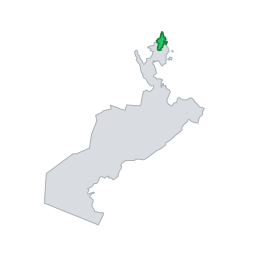 where Andijon sits in Uzbekistan, rotated 281°
{"feature_id": "UZB-363", "entity_name": "Andijon", "entity_type": "Region", "adm_level": 1, "iso_a3": "UZB", "parent_name": "Uzbekistan", "parent_adm1": "", "projection": "orthographic", "projection_center": [72.284, 40.729], "detail": "medium", "context": "in_parent", "style": "filled", "palette": "green", "viewbox_px": 256, "rotation_deg": 281, "n_neighbors": 0, "source": "natural_earth", "source_scale": "10m", "svg_char_len": 5277}
<svg xmlns="http://www.w3.org/2000/svg" viewBox="0 0 256 256"><g transform="rotate(281 128 128)"><path d="M200.1,121.7L203.9,119.9L205.9,121.2L206.1,121.9L203.8,123.2L201.7,123.9L201.0,125.6L199.0,126.3L196.9,128.7L193.6,131.0L193.5,131.5L193.8,132.0L194.8,132.3L197.0,133.6L199.0,132.9L199.6,133.1L200.1,133.9L200.6,136.1L201.5,136.7L204.5,137.9L206.7,137.9L207.9,138.4L208.0,138.2L208.2,134.9L209.2,135.5L210.2,135.1L210.6,133.5L210.4,132.4L211.1,131.8L211.5,132.2L211.6,133.2L212.6,133.8L213.4,135.4L213.7,137.3L215.7,137.8L216.5,137.4L217.1,137.6L217.3,140.0L217.6,140.2L219.4,139.7L221.1,140.7L223.0,142.4L225.0,142.6L225.5,142.9L226.9,142.6L228.6,143.1L228.7,143.3L228.4,143.7L224.4,145.9L223.2,147.4L222.3,147.9L219.9,147.1L219.5,148.0L220.0,148.9L219.4,149.9L218.1,149.5L217.9,149.0L216.6,149.3L215.2,150.8L214.5,152.1L213.2,152.5L211.3,153.8L210.6,152.8L209.3,152.9L207.5,151.8L206.7,151.6L198.8,152.9L198.2,152.6L197.4,150.9L195.4,149.9L195.5,149.0L199.6,145.5L200.1,144.4L198.8,143.7L199.0,142.8L196.5,139.8L196.0,139.6L195.7,139.7L194.6,141.8L187.6,145.4L186.6,145.0L185.1,143.6L184.1,143.0L182.8,144.2L182.8,145.6L181.5,146.6L182.5,150.4L182.4,150.9L181.5,151.0L182.1,152.5L181.5,152.6L178.2,151.9L174.3,152.7L174.4,153.3L177.9,153.3L178.3,153.6L178.4,154.0L178.2,154.3L176.3,154.6L176.1,155.2L177.0,156.9L176.6,157.2L175.9,156.9L175.4,157.9L174.2,157.9L173.4,161.1L172.4,162.2L171.1,162.6L162.9,160.8L160.7,161.7L159.2,163.0L158.0,166.5L158.1,166.9L161.6,168.5L162.1,170.7L166.3,171.1L167.1,171.4L167.4,172.0L167.6,172.6L166.2,176.0L166.5,179.2L167.1,180.6L169.6,183.5L169.4,184.9L168.8,186.2L168.0,187.4L167.2,187.8L166.0,189.2L165.0,191.0L163.1,193.3L162.4,194.6L162.0,198.4L161.4,199.5L161.4,199.1L160.7,198.6L158.8,198.4L158.5,197.9L156.0,198.6L154.4,198.1L152.9,196.5L149.9,195.7L146.1,195.8L146.2,191.8L146.5,188.9L148.0,186.7L148.0,186.2L147.4,185.4L145.1,184.6L142.5,182.6L140.1,181.2L138.7,180.7L137.1,181.3L135.7,181.0L129.4,175.7L124.1,171.8L120.6,168.0L118.8,168.2L114.2,164.5L111.4,160.7L101.9,152.1L100.1,150.0L99.7,149.0L99.5,144.2L98.8,142.0L97.6,140.7L96.8,138.3L95.7,132.7L95.3,131.6L92.5,128.9L90.9,128.2L89.5,128.4L88.7,129.2L87.7,129.1L83.4,127.6L78.6,127.4L74.7,124.0L74.5,123.6L74.6,122.8L75.7,121.1L75.7,120.3L75.2,119.3L75.4,118.4L75.8,117.9L76.6,118.2L76.9,117.9L76.9,117.4L76.0,116.1L74.3,114.8L74.8,114.1L75.1,112.4L75.5,111.5L75.3,111.1L74.1,109.6L69.4,108.9L68.4,108.3L67.6,107.7L67.0,105.6L66.6,105.1L63.5,103.8L60.8,99.9L59.9,101.3L59.2,101.5L56.9,100.7L55.5,101.4L57.9,105.4L58.4,106.5L58.3,107.2L57.4,107.1L56.9,105.3L56.4,104.8L53.7,103.4L52.6,104.3L52.1,105.6L50.5,107.6L49.0,107.8L45.5,107.3L44.4,107.6L43.6,108.1L41.9,109.9L39.9,111.2L39.4,117.6L40.3,119.4L38.9,120.5L27.2,117.4L38.3,60.3L55.5,58.0L67.7,56.5L91.7,78.5L92.2,79.3L92.4,80.9L92.9,82.3L100.9,94.0L114.9,93.4L128.8,96.0L134.3,93.9L138.0,98.9L140.4,100.8L143.4,107.9L147.0,106.4L145.8,114.5L145.2,117.0L144.8,121.8L150.5,122.4L151.2,130.4L152.1,135.4L153.4,136.1L164.3,136.0L165.1,136.4L166.7,136.0L167.6,137.6L168.7,138.8L167.8,142.2L169.0,143.6L172.0,145.4L173.9,145.4L174.3,144.8L174.2,144.0L173.8,143.2L173.9,142.1L174.2,141.4L176.1,138.9L179.2,136.4L179.9,135.5L180.2,133.9L181.3,133.0L183.9,132.0L184.3,131.2L187.5,129.3L191.0,128.1L192.7,127.1L194.2,125.1L196.5,123.1L197.4,123.1L198.0,123.7L198.5,123.8L200.1,121.7ZM199.0,141.2L198.6,140.2L198.0,139.8L197.8,140.0L198.6,141.2L199.0,141.2ZM205.4,157.8L203.0,157.8L203.5,156.2L202.6,155.5L202.5,154.7L202.7,154.0L203.2,153.8L203.9,154.9L205.7,155.4L205.1,156.5L205.5,157.6L205.4,157.8ZM212.5,156.3L212.0,157.7L211.0,157.1L211.2,156.7L212.5,156.3Z" fill="#d9dde1" stroke="#a8b0b8" stroke-width="1"/><path d="M219.1,139.2L219.2,139.3L219.6,139.9L219.8,140.0L220.2,140.1L220.8,140.2L220.9,140.3L220.9,140.5L220.9,140.9L221.1,141.0L221.4,141.0L221.6,141.1L222.1,141.9L222.5,142.3L223.0,142.5L223.5,142.5L225.0,142.4L225.5,142.5L225.5,143.0L226.2,142.8L227.1,142.4L227.3,142.5L227.5,142.8L228.4,142.9L228.8,143.0L228.8,143.3L228.5,143.8L227.9,144.1L226.8,144.5L225.8,145.2L224.9,145.4L224.5,145.6L224.2,146.0L224.1,147.1L223.7,147.3L223.3,147.1L223.1,147.1L223.0,147.3L223.0,147.6L222.9,147.8L222.8,148.0L222.6,148.1L222.1,148.2L221.3,147.6L220.8,147.5L220.5,147.4L220.1,146.9L219.7,146.5L219.3,146.7L219.3,147.0L219.5,147.4L219.5,147.7L219.4,147.9L219.4,148.1L219.5,148.3L220.1,148.6L220.2,149.0L220.2,149.3L220.1,149.7L219.8,150.1L219.5,150.1L219.2,150.0L218.5,149.6L218.3,149.5L217.8,149.5L217.6,149.5L217.7,149.3L217.8,149.3L218.0,149.3L218.2,149.2L217.9,148.9L217.7,148.5L217.7,148.3L217.7,147.7L217.8,147.5L217.7,147.4L217.6,147.2L216.9,147.0L216.7,146.9L216.5,146.6L216.3,146.5L216.2,146.6L215.9,146.7L215.1,146.6L214.6,146.4L214.2,146.4L214.0,146.5L213.7,146.4L213.0,145.7L212.9,145.5L212.8,145.4L212.7,145.3L212.1,145.1L211.9,145.0L211.7,145.1L211.4,145.0L211.1,144.9L210.9,144.9L210.8,145.2L210.7,145.0L210.4,144.5L210.1,143.9L210.4,143.6L210.2,143.2L210.1,142.9L210.5,142.4L210.8,142.1L212.1,141.8L212.5,142.0L213.0,141.7L213.4,141.7L213.7,141.7L214.0,141.7L215.5,142.1L215.8,142.1L216.0,142.1L216.7,142.0L216.9,142.0L217.0,142.0L217.1,141.9L217.4,140.5L217.4,140.3L218.1,140.1L218.6,140.0L218.6,139.9L218.8,139.5L218.8,139.4L219.1,139.2Z" fill="#22c55e" stroke="#15803d" stroke-width="1.5"/></g></svg>